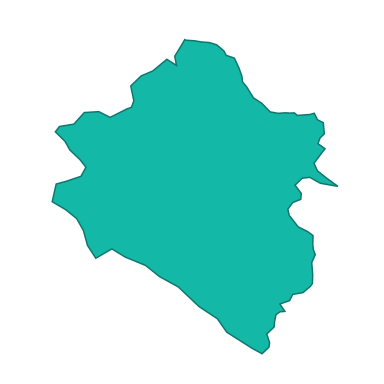 Nata, Paphos, Cyprus (Natural Earth projection), rotated 98°
{"feature_id": "46923920B19030754340251", "entity_name": "Nata", "entity_type": "district", "adm_level": 2, "iso_a3": "CYP", "parent_name": "Cyprus", "parent_adm1": "Paphos", "projection": "natural_earth1", "projection_center": [32.562, 34.775], "detail": "fine", "context": "isolated", "style": "filled", "palette": "teal", "viewbox_px": 384, "rotation_deg": 98, "n_neighbors": 0, "source": "geoboundaries", "source_scale": "gbopen_adm2", "svg_char_len": 1407}
<svg xmlns="http://www.w3.org/2000/svg" viewBox="0 0 384 384"><g transform="rotate(98 192 192)"><path d="M42.1,220.4L50.4,223.8L60.0,228.0L68.8,225.0L64.1,235.4L77.6,247.7L84.0,258.4L95.5,267.4L109.8,262.3L116.6,263.8L118.6,267.7L129.5,283.5L125.4,295.4L128.3,309.7L141.2,318.4L145.6,332.4L150.4,335.1L151.4,335.7L159.6,324.7L167.5,318.7L175.4,307.6L182.2,300.5L191.9,304.1L199.2,318.7L203.0,327.6L221.1,329.1L227.0,314.8L234.3,302.6L245.2,294.2L259.5,288.0L270.0,278.9L271.0,278.1L259.5,263.5L265.7,249.2L271.2,227.7L280.3,212.4L287.9,192.4L304.6,168.9L314.0,149.2L326.0,138.1L335.7,116.7L338.3,111.0L340.1,106.3L342.4,100.1L335.0,94.2L330.4,94.2L322.3,98.2L314.1,91.8L309.3,92.2L301.9,91.8L298.4,88.2L297.3,83.4L290.7,89.4L286.0,80.3L279.4,78.0L276.2,68.1L268.9,61.6L265.8,60.0L256.9,61.0L245.3,63.6L236.9,61.2L232.2,63.8L227.6,65.0L218.3,66.1L215.2,71.8L211.7,82.0L201.6,92.5L195.6,94.7L188.4,90.7L184.1,83.3L178.2,83.6L170.9,90.9L163.0,84.7L161.1,77.4L165.5,66.1L166.1,48.3L159.5,60.7L153.6,70.7L146.6,75.2L137.3,70.1L130.7,66.3L126.6,74.0L120.7,72.7L116.0,69.1L105.1,71.6L103.0,77.8L97.0,81.9L98.8,85.9L101.5,98.4L99.4,101.6L100.2,105.8L100.6,110.6L102.1,117.7L101.8,125.7L94.4,135.3L90.3,144.2L80.4,152.4L75.9,157.3L70.4,158.7L62.6,162.8L53.5,168.7L51.9,177.2L47.9,180.0L42.8,188.0L41.6,195.6L42.1,203.5L41.9,210.4L42.5,219.3L42.1,220.4Z" fill="#14b8a6" stroke="#0f766e" stroke-width="1.5"/></g></svg>